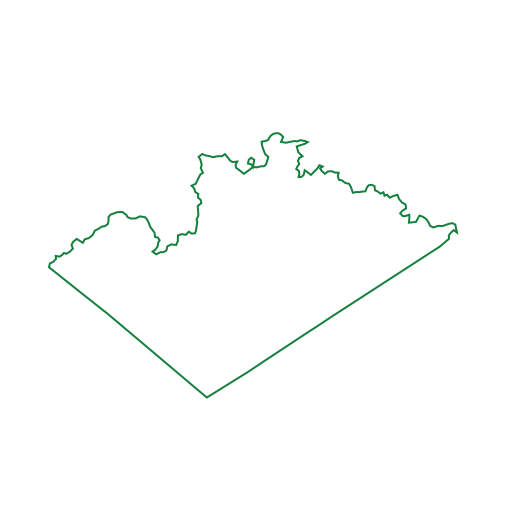 the district of Conceição do Lago-Açu, Maranhão, Brazil, rotated 339°
{"feature_id": "56859067B86224860320323", "entity_name": "Conceição do Lago-Açu", "entity_type": "district", "adm_level": 2, "iso_a3": "BRA", "parent_name": "Brazil", "parent_adm1": "Maranhão", "projection": "albers", "projection_center": [-44.806, -3.793], "detail": "fine", "context": "isolated", "style": "outline", "palette": "green", "viewbox_px": 512, "rotation_deg": 339, "n_neighbors": 0, "source": "geoboundaries", "source_scale": "gbopen_adm2", "svg_char_len": 2922}
<svg xmlns="http://www.w3.org/2000/svg" viewBox="0 0 512 512"><g transform="rotate(339 256 256)"><path d="M285.1,171.8L279.1,173.7L274.1,174.9L271.8,170.8L269.1,166.7L269.5,163.7L272.3,161.1L268.0,160.0L266.2,158.1L264.9,153.8L263.6,149.8L260.0,150.6L256.2,149.2L250.9,148.2L248.6,146.2L244.9,144.0L242.4,141.5L237.9,143.0L238.6,145.9L238.0,151.4L235.9,154.3L236.3,159.3L233.3,159.9L229.2,163.6L225.6,167.0L221.1,167.3L222.5,170.8L222.3,174.8L224.4,177.3L222.8,180.6L224.4,183.7L224.0,187.0L219.5,188.5L218.3,192.3L217.5,195.3L216.6,197.7L213.6,200.7L213.3,203.3L211.6,206.3L209.2,210.6L207.3,212.9L204.0,212.1L202.0,209.2L198.1,211.1L194.9,209.1L190.5,208.8L188.3,214.2L185.4,217.1L181.1,214.8L176.7,215.2L174.3,218.8L171.0,219.2L168.2,218.2L163.5,218.7L161.0,214.9L164.7,213.8L167.6,211.8L169.4,208.6L171.7,206.7L171.0,203.7L168.6,202.1L169.6,197.8L168.7,194.5L167.6,190.5L167.8,187.5L167.4,183.0L166.3,180.0L161.9,177.4L157.2,177.8L152.8,176.3L150.1,173.8L149.6,171.0L147.1,167.1L142.4,165.4L135.2,165.2L132.4,166.7L131.0,170.0L129.3,173.0L125.7,174.0L122.7,173.3L118.8,174.1L114.6,174.6L110.8,178.0L106.1,179.4L102.2,179.0L99.1,181.6L94.7,175.8L90.2,177.3L87.8,179.5L87.7,183.5L83.9,185.2L79.7,186.0L77.8,184.3L75.2,185.6L72.5,186.2L69.0,184.2L68.3,187.0L64.9,188.7L60.9,189.1L58.7,192.3L77.9,225.0L97.0,257.2L127.3,312.2L136.7,329.3L151.3,355.9L159.4,370.5L207.7,361.2L224.9,357.3L272.9,346.7L282.2,344.7L285.4,344.1L299.1,341.0L303.6,340.0L424.6,314.4L430.6,313.2L442.4,309.1L443.4,305.9L446.6,303.9L449.9,302.7L452.0,306.1L453.3,298.1L451.1,295.7L448.0,295.1L441.0,294.9L436.9,293.2L431.8,292.9L429.3,290.2L429.3,287.2L428.2,282.6L425.8,279.1L423.2,276.9L420.9,278.7L417.6,281.5L410.7,279.7L412.9,275.3L413.9,272.4L410.0,272.3L407.3,271.4L405.9,267.8L409.5,266.0L413.1,265.4L414.1,261.5L411.4,258.2L410.0,254.1L410.0,249.5L405.6,249.2L401.7,249.5L400.3,245.7L397.6,245.8L397.8,242.2L394.6,242.4L392.5,239.1L390.6,237.3L391.7,233.4L389.7,231.1L386.6,230.3L384.3,231.6L381.3,234.8L378.1,233.9L375.3,233.4L372.9,232.3L369.1,231.7L369.3,225.0L368.7,221.8L365.7,220.0L363.2,216.1L360.7,214.6L361.1,210.6L363.0,207.9L359.5,206.3L357.0,203.9L353.4,202.9L349.7,203.9L347.7,199.8L347.3,197.1L350.3,196.4L347.7,194.0L344.1,196.6L341.3,197.7L336.3,200.0L334.4,196.7L332.2,193.4L329.5,197.4L327.0,198.4L324.1,197.6L326.1,194.5L326.5,191.7L324.7,189.3L326.7,187.3L329.3,185.7L329.3,182.2L331.5,179.9L335.1,179.6L332.7,174.4L333.3,168.3L337.8,168.5L341.7,168.8L345.1,168.2L343.0,166.2L338.8,163.7L335.6,163.8L332.9,162.4L330.3,161.9L324.6,161.0L320.2,158.5L324.0,154.7L322.9,151.8L321.1,149.6L318.8,148.5L315.5,148.2L312.2,149.3L308.7,152.1L305.4,151.9L302.2,151.3L301.2,155.2L301.0,160.6L301.1,164.3L303.0,167.8L301.1,170.5L298.3,174.0L296.0,175.1L292.4,174.0L288.4,173.5L285.1,171.8ZM285.1,171.8L288.8,165.6L286.8,162.6L283.8,163.5L281.6,166.8L284.5,168.8L285.1,171.8Z" fill="none" stroke="#15803d" stroke-width="2"/></g></svg>